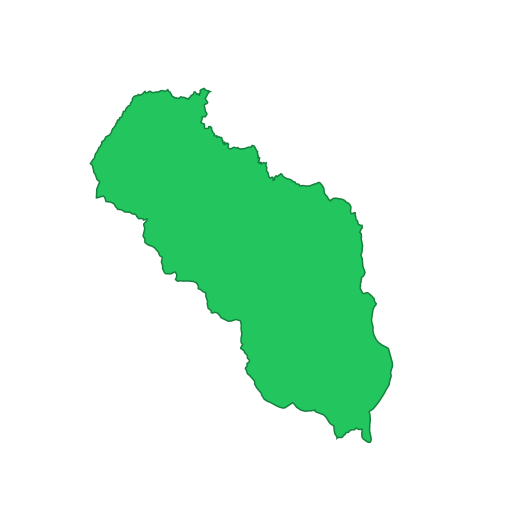 the district of Thathom, Vientiane, Laos, rotated 209°
{"feature_id": "54806243B97647332692488", "entity_name": "Thathom", "entity_type": "district", "adm_level": 2, "iso_a3": "LAO", "parent_name": "Laos", "parent_adm1": "Vientiane", "projection": "natural_earth1", "projection_center": [103.67, 18.993], "detail": "fine", "context": "isolated", "style": "filled", "palette": "green", "viewbox_px": 512, "rotation_deg": 209, "n_neighbors": 0, "source": "geoboundaries", "source_scale": "gbopen_adm2", "svg_char_len": 6126}
<svg xmlns="http://www.w3.org/2000/svg" viewBox="0 0 512 512"><g transform="rotate(209 256 256)"><path d="M176.6,332.0L177.3,332.6L178.0,334.2L179.1,333.5L181.7,333.4L182.8,333.9L183.8,335.6L186.6,336.8L187.8,338.7L189.2,340.1L190.0,341.8L190.9,341.7L192.6,339.5L193.8,339.5L195.0,340.9L196.7,344.9L199.0,346.5L201.0,347.0L203.1,346.8L205.6,347.6L208.1,347.4L214.1,345.3L215.4,344.5L216.7,343.3L217.5,340.3L218.6,340.9L219.6,340.4L222.1,342.3L226.3,343.8L229.7,348.2L232.2,349.8L235.6,351.0L236.7,350.9L237.2,350.4L238.2,348.7L240.0,347.0L243.2,343.1L246.1,341.5L249.4,340.2L251.5,338.7L252.8,339.4L254.2,339.3L255.9,338.5L257.9,339.6L259.1,339.1L262.4,339.6L264.9,339.2L265.6,338.7L269.0,338.5L270.9,338.8L273.2,340.1L274.2,339.9L274.6,338.1L275.4,337.5L275.5,336.0L275.9,336.0L276.5,335.5L277.2,335.9L277.4,335.7L277.9,333.6L277.1,332.4L277.0,331.1L277.5,330.5L279.6,332.9L280.1,332.8L281.6,331.0L282.2,331.1L283.8,332.2L286.0,334.8L288.3,335.8L289.4,338.6L291.3,339.9L292.2,342.4L293.3,341.6L294.7,341.3L295.9,339.1L296.4,339.2L296.8,340.2L298.0,339.9L297.4,339.4L297.6,338.9L298.8,338.9L299.7,339.3L300.0,340.0L299.6,341.4L300.5,343.6L301.8,342.7L302.3,344.6L303.4,344.8L303.7,346.0L304.8,346.6L305.0,347.9L306.8,348.6L309.4,350.5L311.2,351.3L312.8,350.9L313.1,350.4L313.3,348.6L315.6,347.3L318.1,344.3L322.0,341.8L323.4,341.7L324.4,342.1L325.2,341.1L328.2,340.3L330.0,337.5L331.1,337.0L332.7,337.2L333.9,338.9L334.2,340.5L335.0,340.5L335.6,340.9L336.1,340.7L336.5,339.7L337.9,338.2L338.1,338.3L337.9,339.0L338.2,340.3L338.7,340.2L339.1,339.1L340.2,339.2L340.5,339.5L340.7,340.7L341.8,341.1L343.5,342.9L345.0,342.2L346.1,342.4L347.8,341.0L348.5,342.1L349.9,341.2L351.0,341.1L351.3,342.4L353.7,343.2L356.3,345.3L356.9,346.5L358.6,347.1L360.0,346.2L359.5,344.9L359.7,344.4L362.6,342.8L363.6,343.4L364.3,345.4L365.3,346.3L368.7,346.0L369.1,346.3L369.3,349.0L370.5,351.5L367.9,353.2L367.6,356.0L368.1,356.8L370.5,358.2L374.4,362.9L374.3,363.7L372.8,365.6L372.6,366.4L373.0,367.2L376.3,368.6L376.6,369.1L376.8,375.1L376.3,376.9L375.8,377.6L378.2,377.3L378.9,376.8L380.9,376.8L382.5,377.5L384.6,375.0L385.0,373.9L385.0,373.3L383.8,372.3L383.8,371.7L384.3,371.0L383.6,369.2L385.5,369.6L386.0,368.7L388.6,369.9L389.5,369.7L389.3,367.0L390.7,364.4L390.5,363.3L391.2,362.0L391.0,360.5L396.2,359.8L397.2,359.0L398.9,358.9L399.9,356.5L400.5,356.0L402.6,355.7L403.5,354.9L404.7,355.2L406.7,355.1L410.6,357.7L412.2,357.6L413.8,358.7L414.8,356.6L416.0,355.8L418.3,355.2L419.8,354.0L420.3,352.6L422.3,351.5L425.1,349.0L425.9,348.7L428.8,348.7L430.3,346.1L431.3,345.4L431.9,345.4L432.7,346.2L433.1,346.0L433.9,342.4L434.7,341.6L435.3,340.3L437.1,340.3L437.8,338.6L439.0,337.7L440.0,336.3L440.4,333.9L439.3,331.5L439.9,329.2L439.1,327.1L440.3,325.4L440.9,323.3L441.1,321.6L440.6,319.7L440.8,319.2L442.1,318.1L441.5,316.2L441.5,314.8L440.9,313.2L440.9,312.7L442.3,310.7L441.6,308.9L442.9,307.8L442.9,307.0L442.3,306.1L442.7,304.1L442.3,302.8L442.3,301.6L442.6,298.9L443.0,297.9L442.8,295.4L442.3,293.4L442.7,292.1L442.7,290.5L443.6,289.8L445.1,287.2L445.1,285.9L444.7,285.0L445.2,283.1L446.2,281.2L445.9,280.0L445.1,279.4L445.4,277.7L445.3,275.9L446.0,274.2L445.5,272.3L445.7,270.5L445.3,269.9L446.0,267.6L444.7,263.4L445.4,260.9L445.6,256.4L443.1,256.0L439.2,251.7L438.4,250.5L436.2,249.5L432.1,245.8L428.7,245.2L427.7,237.3L423.8,229.5L423.4,229.6L419.2,233.9L418.4,234.3L416.7,234.0L413.6,230.9L409.3,232.7L405.4,232.8L403.1,231.2L401.1,230.6L399.6,229.7L397.0,230.9L395.4,231.2L392.1,230.9L387.6,233.1L384.5,232.9L381.7,234.0L380.7,233.7L379.0,232.5L378.3,232.6L376.9,231.7L374.0,233.4L372.6,233.6L371.8,232.9L369.2,235.6L368.7,233.7L369.5,230.8L369.6,229.4L368.7,228.0L367.6,227.4L366.4,225.5L364.5,218.8L363.3,217.9L361.6,217.3L360.0,214.3L358.4,213.7L355.6,213.4L351.2,214.2L348.3,213.9L342.6,211.8L341.6,210.5L340.2,209.6L337.6,209.5L337.0,208.7L335.9,204.9L333.0,202.3L331.6,199.7L327.8,197.0L326.3,196.8L322.7,198.6L321.5,199.4L319.5,202.5L318.9,202.7L316.4,201.5L315.3,199.1L315.0,196.4L312.4,195.9L310.5,197.5L307.2,198.9L304.0,200.9L298.2,203.4L295.7,203.6L293.7,203.0L291.8,201.7L290.7,199.4L288.2,199.8L285.5,199.1L282.0,199.4L280.0,196.0L278.3,194.8L277.5,193.6L276.2,192.9L275.7,190.8L272.4,187.0L268.7,186.5L267.8,184.9L267.4,184.7L266.0,185.3L265.5,186.2L263.3,187.3L262.0,187.3L259.1,186.4L256.5,185.1L248.7,185.5L245.9,187.3L242.9,190.7L238.6,191.7L237.8,191.4L235.2,188.2L234.0,185.4L230.5,180.8L229.1,176.6L227.5,173.7L226.9,173.0L224.7,172.1L224.9,168.3L224.4,167.7L220.4,167.3L219.1,166.0L216.0,165.1L215.2,164.5L214.0,162.5L211.7,161.9L210.7,161.0L210.8,159.3L211.8,157.8L210.4,155.2L210.9,153.3L210.6,152.3L209.6,151.8L206.2,148.8L203.7,148.4L197.1,146.1L196.4,145.6L195.0,143.3L191.6,141.1L185.3,138.7L183.1,136.8L179.3,134.7L175.0,134.4L173.7,134.9L165.5,134.9L161.6,135.3L158.3,136.2L156.8,137.7L152.8,145.5L150.8,145.0L147.1,143.4L141.6,143.0L137.3,144.3L135.6,145.6L132.5,147.5L129.9,149.8L129.5,149.1L128.0,148.7L119.8,149.9L116.1,148.8L111.2,145.9L108.5,145.2L105.5,145.1L103.0,141.3L100.7,138.7L97.4,137.0L96.8,135.8L96.3,137.0L93.5,138.5L92.7,139.3L92.3,141.8L91.6,142.9L91.6,145.2L89.6,146.6L89.1,149.3L87.5,150.7L85.7,151.6L84.9,154.1L82.0,154.1L80.3,155.0L79.7,155.9L78.4,154.8L77.7,152.4L75.4,148.9L73.5,148.0L69.9,147.5L67.3,147.5L66.7,147.9L65.8,148.6L65.9,149.9L66.6,152.0L72.2,158.6L74.9,164.0L76.4,167.8L79.5,172.6L81.6,174.7L79.3,179.4L77.9,187.6L77.2,198.4L77.4,200.9L77.2,208.2L78.5,211.5L79.3,215.6L79.8,216.9L81.7,219.2L82.6,222.4L83.1,225.6L84.8,228.5L94.9,238.9L96.4,239.4L102.6,239.2L107.0,239.8L110.0,240.9L115.1,244.5L117.9,248.0L119.1,250.5L123.0,254.7L124.1,256.3L127.6,265.6L128.0,269.0L127.5,271.0L127.6,272.5L130.3,273.8L131.8,275.8L135.3,277.1L139.7,278.0L141.4,277.6L143.3,275.5L144.8,275.2L149.6,278.6L149.9,280.3L151.4,282.8L151.6,284.7L152.3,285.8L152.5,287.0L153.2,287.7L153.3,288.6L152.2,290.4L152.5,294.2L154.5,296.3L155.9,297.1L157.8,299.2L162.0,305.4L164.4,307.3L164.9,308.5L165.0,309.9L165.4,310.7L165.6,312.2L166.5,313.3L167.7,316.6L172.0,321.6L173.3,324.3L174.9,326.6L176.7,327.0L177.1,330.6L176.6,332.0Z" fill="#22c55e" stroke="#15803d" stroke-width="1.5"/></g></svg>